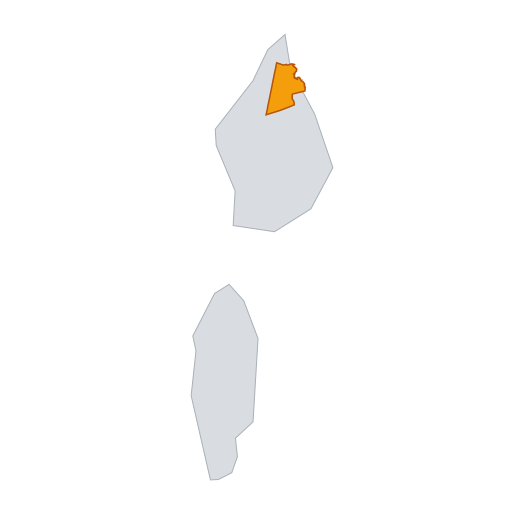 location of Vaisigano East, Gaga'ifomauga, Samoa, rotated 77°
{"feature_id": "51752279B23557786171080", "entity_name": "Vaisigano East", "entity_type": "district", "adm_level": 2, "iso_a3": "WSM", "parent_name": "Samoa", "parent_adm1": "Gaga'ifomauga", "projection": "albers", "projection_center": [-172.632, -13.561], "detail": "fine", "context": "in_parent", "style": "filled", "palette": "amber", "viewbox_px": 512, "rotation_deg": 77, "n_neighbors": 0, "source": "geoboundaries", "source_scale": "gbopen_adm2", "svg_char_len": 3389}
<svg xmlns="http://www.w3.org/2000/svg" viewBox="0 0 512 512"><g transform="rotate(77 256 256)"><path d="M187.2,161.2L222.4,191.9L236.5,232.5L221.2,271.4L187.9,261.7L139.4,269.9L123.3,267.2L84.5,219.5L57.5,198.0L46.7,177.9L81.0,180.2L131.1,166.9L187.2,161.2ZM463.9,350.8L377.5,350.6L334.9,335.8L319.7,335.6L283.2,304.8L277.6,288.6L296.9,278.0L336.9,272.6L416.9,296.2L428.9,317.0L447.4,319.3L461.7,328.4L465.3,343.0L463.9,350.8Z" fill="#d9dde1" stroke="#a8b0b8" stroke-width="1"/><path d="M106.2,171.2L105.8,171.1L105.5,170.9L105.4,170.9L105.2,170.8L104.8,170.8L104.7,170.7L104.2,170.7L103.7,170.4L103.3,170.2L102.9,170.1L102.7,170.1L102.4,170.2L102.1,170.2L102.1,170.4L101.9,170.3L101.7,170.4L101.3,170.5L101.2,170.6L100.9,170.5L100.7,170.6L100.4,170.4L100.2,170.2L100.0,170.3L99.9,170.2L99.5,170.1L99.4,170.0L99.2,170.1L98.9,170.0L98.6,170.1L98.5,170.3L98.3,170.3L98.2,170.4L97.9,170.5L97.7,170.6L97.4,170.7L97.2,170.8L96.8,171.0L96.5,171.2L96.3,171.3L96.1,171.7L96.1,171.8L95.9,171.9L95.8,172.0L95.7,172.1L95.5,172.3L95.4,172.4L95.3,172.5L95.2,172.5L95.1,172.4L95.1,172.5L94.9,172.6L94.9,172.8L94.7,172.9L94.0,173.1L93.9,173.1L93.7,173.0L93.4,173.0L93.1,173.0L92.9,173.1L92.7,173.1L92.6,173.3L92.0,173.5L91.9,173.8L91.7,173.9L91.7,174.0L91.5,174.3L91.6,174.5L91.6,174.8L91.6,175.0L91.8,175.3L91.6,175.4L91.7,175.5L91.7,175.9L92.0,176.0L92.0,175.9L91.8,175.9L91.8,175.7L92.0,175.7L92.0,175.8L92.3,175.8L92.5,175.8L92.8,175.7L93.1,175.9L93.0,176.0L92.8,176.2L92.8,176.3L92.8,176.5L92.7,176.6L92.3,176.8L92.2,176.7L92.1,176.8L92.0,177.0L91.9,177.2L91.9,177.3L91.9,177.5L91.7,177.7L91.8,177.8L91.7,177.9L91.5,178.0L91.4,178.0L91.3,178.3L91.1,178.4L91.1,178.5L90.9,178.6L90.7,178.2L90.4,178.2L90.2,178.1L89.9,178.2L89.8,178.3L89.7,178.4L89.4,178.3L89.3,178.2L89.2,178.2L88.8,178.1L88.7,178.0L88.3,178.1L88.0,178.2L87.9,178.2L87.6,178.1L87.4,178.0L87.3,177.9L87.2,177.8L87.2,177.7L87.1,177.8L86.8,177.7L86.8,177.9L86.7,177.8L86.7,177.6L86.9,177.3L86.7,177.0L86.5,176.9L86.4,176.8L86.2,176.7L85.9,176.7L85.7,176.6L85.6,176.3L85.6,176.2L85.4,176.0L85.3,175.8L85.2,175.8L85.1,175.6L85.1,175.4L85.2,175.2L84.7,174.9L84.1,174.6L83.8,174.5L83.5,174.4L83.3,174.3L83.2,174.3L82.9,174.3L82.7,174.3L82.7,174.5L82.4,174.7L82.4,174.8L82.2,174.8L81.8,174.9L81.6,175.2L81.5,175.3L81.1,175.6L80.8,175.6L80.6,175.6L80.4,175.6L80.2,175.7L80.3,175.9L80.3,176.0L80.2,176.2L80.1,176.4L79.9,176.4L79.7,176.5L79.4,176.8L79.1,176.8L79.1,177.0L78.9,177.2L78.8,177.3L78.6,177.3L78.4,177.4L78.2,177.4L78.2,177.2L78.0,176.9L77.9,176.9L78.0,176.8L78.1,176.7L78.0,176.3L78.0,176.0L78.0,175.8L77.9,175.9L77.7,175.9L77.4,176.6L77.3,176.9L77.2,177.2L77.0,177.6L76.9,177.9L76.8,178.3L76.7,178.7L76.7,179.0L76.8,179.2L77.1,180.4L77.1,180.8L77.1,181.6L76.8,183.2L76.2,183.3L76.1,186.4L72.4,192.4L74.3,193.3L76.4,194.2L78.0,194.9L81.3,196.5L89.9,200.4L94.8,202.6L97.3,203.7L98.7,204.4L105.8,207.6L112.9,210.9L115.2,211.8L116.7,212.5L119.2,213.7L120.7,214.4L119.5,199.2L118.4,191.2L117.3,184.7L117.0,184.7L116.6,184.6L116.2,184.5L115.7,184.4L114.7,184.4L114.0,184.4L113.7,184.4L113.5,184.5L112.9,184.7L112.5,184.8L112.2,184.9L111.6,185.1L111.2,185.2L110.5,185.4L110.4,185.4L110.3,185.2L110.1,185.1L109.6,185.0L109.4,185.0L109.1,185.0L108.7,184.8L108.4,184.8L108.1,184.7L107.7,184.6L107.4,184.6L107.1,184.4L106.8,184.4L106.7,184.3L106.6,183.9L106.4,183.7L106.2,171.2Z" fill="#f59e0b" stroke="#b45309" stroke-width="1.5"/></g></svg>